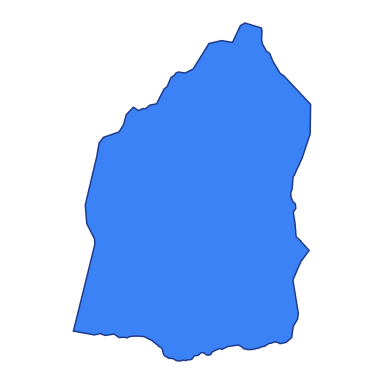 San Pedro Ocopetatillo, Oaxaca, Mexico (Natural Earth projection)
{"feature_id": "50627088B16349207621267", "entity_name": "San Pedro Ocopetatillo", "entity_type": "district", "adm_level": 2, "iso_a3": "MEX", "parent_name": "Mexico", "parent_adm1": "Oaxaca", "projection": "natural_earth1", "projection_center": [-96.912, 18.185], "detail": "fine", "context": "isolated", "style": "filled", "palette": "blue", "viewbox_px": 384, "rotation_deg": 0, "n_neighbors": 0, "source": "geoboundaries", "source_scale": "gbopen_adm2", "svg_char_len": 2679}
<svg xmlns="http://www.w3.org/2000/svg" viewBox="0 0 384 384"><path d="M291.7,337.5L293.2,326.3L297.5,319.2L298.3,313.4L292.9,280.0L300.8,261.7L309.1,250.4L301.3,241.9L301.0,241.1L296.2,236.9L295.7,232.4L295.7,231.3L294.9,222.5L293.3,212.2L295.8,208.3L295.3,203.8L293.1,201.9L292.4,200.4L291.2,197.6L291.0,197.1L290.8,192.6L292.2,189.0L292.2,188.3L292.4,186.0L293.0,178.3L293.0,177.2L294.7,174.5L296.8,169.5L298.6,165.8L298.7,165.6L301.0,160.5L301.2,160.2L302.2,157.9L305.6,147.7L310.1,134.2L310.2,132.1L310.6,104.4L309.0,102.7L292.9,85.5L284.9,77.0L283.8,75.9L280.4,73.5L280.1,73.3L277.8,69.4L274.4,63.8L273.0,61.5L269.7,53.4L266.2,51.0L262.3,43.5L261.8,40.4L261.6,39.3L261.8,35.1L262.0,31.7L261.5,28.0L252.0,25.2L245.0,23.0L240.4,25.6L232.5,42.4L221.4,40.6L213.0,42.6L208.9,43.5L204.4,50.9L199.5,58.8L193.2,68.9L192.9,69.1L185.7,72.8L185.2,73.0L178.3,72.0L175.9,73.1L174.6,75.2L171.1,77.4L169.8,80.4L168.6,83.1L167.2,86.6L164.1,89.0L161.8,93.5L156.6,103.8L155.5,104.0L149.7,105.2L149.0,105.9L147.6,107.1L147.3,107.3L145.8,108.6L142.1,108.8L138.5,110.6L133.4,107.2L126.6,114.3L126.3,114.5L123.6,124.6L123.1,125.4L119.1,131.8L117.5,132.6L117.3,132.6L117.0,132.7L103.5,137.3L102.1,139.1L99.1,142.9L98.6,145.8L97.2,154.0L96.8,156.7L94.7,165.2L92.3,175.3L89.4,187.6L86.5,199.8L85.3,205.1L85.5,208.0L86.4,219.2L86.8,223.7L93.7,237.3L94.5,238.8L94.8,244.6L93.5,249.8L90.5,262.0L73.4,331.1L94.3,334.9L101.2,333.4L101.4,334.1L105.0,335.4L114.2,334.1L119.0,337.5L120.4,337.5L121.1,337.3L124.0,337.3L125.1,337.4L126.9,337.9L127.5,337.6L129.4,336.7L131.9,336.3L134.8,336.1L137.7,336.1L141.0,336.3L143.6,336.6L144.7,336.8L146.2,337.6L147.7,338.5L149.2,339.2L150.6,339.7L151.5,340.2L152.5,341.0L155.4,343.4L157.2,344.8L158.1,345.2L158.4,346.1L159.0,346.6L159.4,346.8L160.2,347.0L160.5,347.1L160.9,347.5L161.8,348.5L162.5,350.1L162.9,351.5L163.2,353.1L163.6,354.2L164.1,355.2L164.8,355.9L166.2,356.8L167.4,357.5L168.7,358.1L170.4,358.4L171.8,358.5L172.9,358.6L173.8,358.9L174.4,359.5L175.9,360.3L177.2,360.8L179.1,361.0L180.7,360.9L181.9,360.5L183.0,360.1L184.0,360.3L185.7,360.5L187.2,360.0L188.5,359.8L189.6,359.8L191.3,359.4L192.2,358.9L192.9,358.0L193.6,356.8L194.3,355.9L195.4,355.6L196.7,355.6L197.9,355.5L198.7,355.0L199.3,354.2L199.8,353.7L200.8,353.1L201.8,352.7L202.6,352.6L203.5,352.7L204.7,353.4L205.9,354.4L206.5,354.9L207.3,355.1L208.8,355.1L210.2,354.7L210.5,354.5L212.9,351.3L213.8,351.1L219.4,348.5L222.1,349.3L227.8,346.5L238.4,345.0L242.5,347.3L243.6,348.7L246.4,349.1L247.8,349.6L252.2,349.5L259.1,347.9L262.3,346.6L264.8,346.2L269.1,343.3L270.8,343.4L274.1,342.0L277.2,342.2L280.1,343.7L286.1,342.4L291.7,337.5Z" fill="#3b82f6" stroke="#1e3a8a" stroke-width="1.5"/></svg>